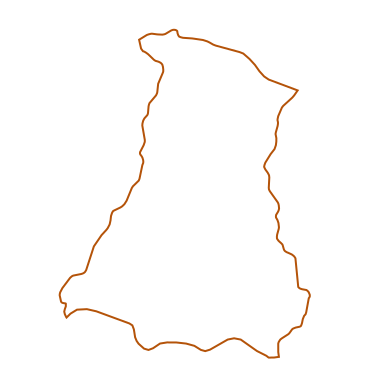 SVG path tracing the border of Paysandú, rotated 274°
{"feature_id": "URY-8", "entity_name": "Paysandú", "entity_type": "Department", "adm_level": 1, "iso_a3": "URY", "parent_name": "Uruguay", "parent_adm1": "", "projection": "equal_earth", "projection_center": [-57.298, -32.042], "detail": "fine", "context": "isolated", "style": "outline", "palette": "amber", "viewbox_px": 384, "rotation_deg": 274, "n_neighbors": 0, "source": "natural_earth", "source_scale": "10m", "svg_char_len": 3139}
<svg xmlns="http://www.w3.org/2000/svg" viewBox="0 0 384 384"><g transform="rotate(274 192 192)"><path d="M32.2,280.5L32.2,280.4L32.2,279.9L33.8,277.6L37.9,267.9L48.2,250.9L49.0,244.2L47.3,237.9L36.0,221.0L34.2,216.3L35.1,211.9L38.7,205.1L40.4,196.7L40.8,186.9L40.2,177.6L38.6,170.7L33.4,164.0L31.4,159.6L32.4,155.1L36.9,149.3L39.5,147.2L43.1,145.4L50.9,143.6L54.8,141.8L56.5,138.7L66.3,104.9L67.8,95.3L66.6,85.5L62.2,79.3L58.0,75.6L58.5,75.2L61.2,73.7L63.7,72.9L66.3,73.3L69.1,74.1L70.9,74.0L71.8,73.9L72.0,73.7L72.2,71.5L72.4,70.4L72.9,69.5L73.6,69.0L79.7,67.2L81.0,67.2L82.7,67.5L87.1,69.4L97.9,76.4L99.4,77.9L100.0,78.7L100.4,79.6L102.5,87.3L102.9,88.3L103.4,89.3L104.0,90.1L104.7,90.8L105.6,91.3L106.8,91.9L130.9,97.9L142.7,104.8L148.2,109.2L150.0,110.4L153.9,112.1L157.9,112.7L162.5,112.9L165.6,113.7L167.3,114.5L168.0,115.4L171.6,121.7L172.8,123.3L175.1,125.4L178.8,127.4L191.8,131.7L193.6,132.7L199.7,138.1L201.6,138.7L215.4,140.6L217.6,141.3L219.0,141.3L220.6,141.0L222.9,140.1L224.1,139.3L225.1,138.5L225.8,137.8L226.9,137.4L228.1,137.4L235.3,140.5L238.7,141.4L240.6,141.3L254.8,137.8L256.8,137.8L259.6,138.3L261.1,138.9L262.3,139.5L265.5,142.0L266.5,142.4L267.6,142.6L274.5,142.7L276.3,143.0L277.7,143.4L285.9,149.4L288.0,150.2L289.2,150.4L297.6,150.7L309.3,154.7L310.3,154.9L312.1,154.8L314.8,154.3L317.0,153.5L317.9,152.7L318.7,151.7L319.5,149.9L319.8,148.8L320.3,146.4L321.3,144.7L326.4,138.6L327.8,136.4L328.7,134.6L329.0,133.3L331.5,131.2L340.2,128.6L345.5,136.0L346.3,137.9L347.0,140.1L347.1,141.5L346.8,146.3L346.9,151.4L347.3,153.1L347.8,154.4L351.7,160.0L352.3,161.3L352.6,162.7L352.5,164.2L352.1,165.3L351.5,166.0L350.8,166.2L349.4,166.5L347.7,167.2L346.8,167.8L346.1,168.4L345.6,170.0L345.2,172.2L345.2,181.5L345.1,183.0L344.4,192.3L343.3,196.8L342.4,199.0L340.5,202.9L339.7,205.5L334.9,229.7L333.7,233.5L328.7,240.1L323.2,245.9L317.1,250.9L312.3,255.9L309.5,260.7L300.7,290.3L295.5,287.2L293.2,285.5L284.3,277.0L282.5,275.8L273.6,272.7L270.7,272.3L269.6,272.3L267.6,272.9L266.0,273.0L263.8,272.8L257.5,271.5L255.7,271.3L251.6,272.4L248.1,272.6L244.5,272.4L240.5,271.3L235.3,267.8L226.4,263.1L223.9,262.4L222.1,262.2L221.3,262.6L219.6,263.6L216.5,266.2L214.9,267.2L214.0,267.7L211.9,268.1L201.5,268.3L199.9,268.6L198.2,269.6L187.5,278.4L186.3,279.0L184.7,279.5L181.7,280.0L180.1,279.8L178.5,279.3L175.0,277.5L173.6,277.4L172.4,277.6L170.0,279.2L167.1,280.4L162.9,281.2L161.3,281.1L155.4,279.9L153.3,279.8L151.6,280.0L150.8,280.5L149.3,281.8L148.0,283.4L147.5,284.1L146.0,285.8L145.2,286.2L141.3,287.6L140.4,288.1L139.7,288.7L139.1,289.6L138.3,291.3L138.2,291.8L137.0,295.0L136.6,296.0L135.4,297.8L134.7,298.6L133.1,299.8L104.7,304.6L104.0,305.3L103.4,306.2L103.0,307.3L102.7,308.6L102.2,313.0L101.4,314.2L100.2,315.4L97.8,316.6L96.3,316.8L95.1,316.5L94.2,315.9L79.9,314.3L77.9,313.8L76.3,312.5L72.9,311.4L69.0,310.9L67.0,310.4L65.7,309.8L65.3,309.1L65.1,308.7L64.0,304.9L63.1,303.0L62.6,302.1L61.9,301.4L58.3,299.2L57.5,298.6L56.8,297.9L52.4,292.0L52.3,291.9L51.8,291.3L51.1,290.5L50.0,289.8L48.2,288.9L46.8,288.6L38.4,289.2L33.6,290.2L32.6,285.4L32.2,280.5Z" fill="none" stroke="#b45309" stroke-width="2"/></g></svg>